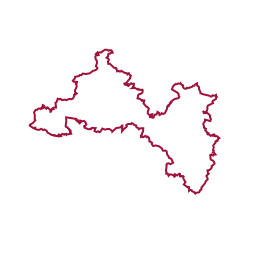 Mixtlán, Jalisco, Mexico, rotated 164°
{"feature_id": "50627088B12343009678657", "entity_name": "Mixtlán", "entity_type": "district", "adm_level": 2, "iso_a3": "MEX", "parent_name": "Mexico", "parent_adm1": "Jalisco", "projection": "albers", "projection_center": [-104.454, 20.522], "detail": "fine", "context": "isolated", "style": "outline", "palette": "rose", "viewbox_px": 256, "rotation_deg": 164, "n_neighbors": 0, "source": "geoboundaries", "source_scale": "gbopen_adm2", "svg_char_len": 5860}
<svg xmlns="http://www.w3.org/2000/svg" viewBox="0 0 256 256"><g transform="rotate(164 128 128)"><path d="M200.4,140.7L198.2,139.7L197.4,140.1L197.1,139.1L196.0,138.9L195.9,139.7L197.0,140.1L196.4,140.8L195.3,140.1L195.5,138.9L194.5,138.6L194.5,139.3L193.0,140.4L191.3,139.3L190.9,139.8L190.1,139.2L189.4,139.3L189.1,138.6L188.7,139.1L188.3,138.6L184.2,138.1L184.3,139.1L185.0,139.6L184.8,140.5L184.1,140.5L183.9,141.5L185.0,142.4L184.9,143.3L185.9,144.3L185.9,145.2L187.3,146.2L187.4,147.2L185.6,151.1L184.5,155.3L175.1,150.9L175.0,150.1L175.8,150.1L175.6,149.5L173.7,149.0L174.3,148.1L173.3,147.9L173.8,146.9L173.2,145.8L171.8,146.6L171.3,147.9L170.1,147.0L168.4,147.0L167.2,145.2L167.4,144.3L167.0,143.1L168.5,141.9L169.4,142.1L169.8,141.4L169.6,140.2L166.5,137.8L164.6,137.3L164.9,137.9L164.3,137.4L162.5,138.1L159.2,136.8L160.9,134.9L161.0,134.2L159.3,132.8L157.7,133.1L156.5,131.8L155.6,132.1L152.8,134.5L150.6,132.8L147.8,132.7L146.1,132.1L144.0,129.6L144.1,128.8L139.4,131.2L134.7,130.6L133.5,131.9L132.7,131.9L134.6,126.6L132.1,128.3L129.6,129.2L128.6,130.1L128.9,131.0L128.5,131.6L126.4,131.8L123.9,130.9L123.1,131.6L121.7,130.5L121.2,129.1L119.5,128.2L119.7,126.5L118.1,124.9L117.9,123.8L116.3,124.3L113.4,123.6L114.6,120.3L115.7,119.5L116.6,117.6L117.6,117.3L117.9,115.9L117.0,116.1L116.7,115.3L115.8,115.0L113.8,115.6L113.7,115.1L112.1,114.7L112.1,113.8L111.3,113.9L110.5,112.6L111.1,109.1L110.1,108.7L108.9,107.0L109.6,106.2L108.8,103.7L106.2,103.6L103.3,101.9L101.2,99.3L100.6,96.5L98.4,96.0L97.3,94.9L97.7,91.9L96.7,89.1L96.9,88.1L94.9,86.4L94.2,82.2L97.2,81.5L98.5,82.8L100.3,83.0L101.3,81.8L101.2,81.2L103.3,76.4L103.2,74.4L103.8,73.6L102.4,73.1L102.2,70.9L100.7,71.9L99.1,71.3L97.3,70.0L96.8,68.4L96.3,68.6L96.2,70.2L95.8,70.7L93.9,68.8L91.5,70.0L90.7,69.3L91.3,67.2L90.6,66.7L89.4,67.1L88.4,66.3L87.3,66.5L88.5,65.6L88.7,63.9L87.7,60.2L89.9,58.3L87.0,54.5L86.4,54.8L85.6,54.3L86.6,50.8L85.5,51.3L84.0,50.7L83.9,49.6L81.4,47.5L81.7,46.7L81.4,46.4L80.6,46.9L77.3,46.6L75.6,48.5L74.4,48.6L73.9,50.4L69.3,53.6L67.7,55.6L65.6,56.6L65.4,58.1L65.9,59.9L65.6,60.6L63.0,61.8L63.6,62.8L63.2,65.4L61.4,65.1L59.5,66.0L58.3,67.1L58.2,68.3L54.7,69.8L54.5,71.0L55.2,73.1L56.7,74.3L57.2,75.6L56.4,78.5L56.6,79.2L55.4,79.5L53.8,78.1L53.0,78.6L51.2,78.4L52.1,80.5L53.2,81.0L51.8,82.4L52.4,83.4L51.0,85.5L50.8,87.8L48.0,89.7L47.7,90.9L46.2,91.4L46.1,90.9L45.5,91.0L45.6,91.6L44.2,92.5L44.1,93.1L43.1,93.2L44.5,95.4L45.8,95.7L45.9,96.4L46.8,96.4L46.9,97.3L47.7,96.8L48.5,97.1L48.1,98.1L50.8,97.7L51.4,99.0L52.3,99.6L52.2,100.1L52.7,100.1L52.4,100.7L53.1,100.7L52.9,101.6L53.5,102.0L53.4,102.6L54.4,104.7L53.3,105.8L54.9,107.4L54.5,108.2L54.6,110.7L54.0,111.9L52.2,113.3L51.6,114.8L47.0,112.0L45.9,113.6L46.2,116.1L45.6,117.2L46.4,118.7L47.7,120.6L50.9,121.4L51.2,123.9L50.8,122.5L49.9,122.0L47.9,122.3L46.6,123.9L45.8,126.7L45.1,127.5L39.4,128.5L39.6,130.0L38.9,130.8L35.5,131.6L34.7,133.3L34.2,133.4L34.7,134.0L34.3,135.5L35.8,135.2L37.8,136.1L38.8,135.2L39.8,135.4L41.0,136.7L46.8,139.9L48.8,141.6L48.5,143.2L49.1,145.8L48.5,147.0L48.7,148.4L49.8,149.7L49.3,151.9L50.9,151.6L52.6,150.4L53.9,150.7L55.2,149.9L58.8,149.8L60.3,150.4L61.0,149.7L62.9,150.3L63.7,151.6L63.9,152.5L63.3,153.8L64.6,154.7L65.1,156.6L65.8,156.2L67.8,157.0L69.9,156.7L70.5,157.2L73.3,155.6L75.1,153.0L70.7,148.3L70.0,146.7L70.4,145.4L70.1,143.7L71.2,142.8L74.9,143.0L76.8,142.5L78.6,141.7L78.8,141.2L79.5,141.4L79.7,140.5L80.7,140.4L80.6,139.7L82.7,138.9L82.5,138.1L83.1,137.8L83.7,138.3L84.3,137.9L85.3,135.6L88.6,132.0L90.2,131.8L91.5,132.9L91.8,132.3L94.1,131.8L94.0,134.0L95.2,135.3L95.6,134.2L96.3,134.0L96.9,133.1L98.8,133.5L100.6,130.9L101.8,131.3L101.7,132.1L103.9,132.4L103.7,133.0L101.5,133.7L101.0,134.6L101.9,134.7L102.9,134.1L103.8,134.4L105.0,136.5L104.4,138.3L102.6,140.9L103.6,142.9L104.4,143.3L106.3,147.4L104.8,149.9L106.7,150.1L106.5,150.8L107.4,151.0L108.5,152.7L110.7,153.8L109.2,156.7L108.3,157.4L106.5,157.3L104.4,158.1L103.4,160.3L103.9,161.0L105.2,161.0L106.3,161.9L107.1,161.8L107.5,162.7L108.1,162.4L110.3,164.6L112.9,165.2L111.3,165.8L111.7,166.6L110.8,167.1L110.1,168.9L112.5,169.5L112.8,170.1L114.5,169.3L115.1,169.7L115.0,168.9L116.1,168.3L116.8,169.1L116.4,169.6L116.8,170.1L118.1,169.9L118.6,170.8L119.3,170.9L119.2,171.7L117.8,171.5L112.1,175.3L112.2,175.8L110.8,177.4L111.7,178.6L112.1,180.4L113.8,179.7L113.9,180.9L115.9,181.8L118.7,184.9L119.6,184.3L120.7,184.7L121.0,185.3L122.9,185.5L122.7,188.2L123.3,188.5L123.2,189.1L124.8,189.7L127.7,194.7L129.3,195.1L128.9,197.4L127.5,199.1L128.2,200.6L129.2,201.5L127.4,202.4L126.7,204.3L126.0,204.7L124.4,204.5L123.7,205.1L122.0,204.6L121.9,205.3L122.7,207.3L124.4,207.9L125.3,207.6L126.4,208.9L128.5,209.6L132.0,208.6L132.5,208.0L135.6,208.6L136.2,209.2L138.3,208.1L136.3,206.9L136.2,206.2L138.6,206.6L139.8,205.5L140.1,203.2L139.5,201.5L139.8,199.1L141.8,196.3L140.9,194.0L141.5,193.2L143.8,192.5L146.0,192.6L149.7,191.1L153.6,191.5L156.5,192.8L158.3,191.6L159.8,192.2L160.9,191.4L164.7,191.8L165.6,190.1L168.0,188.7L167.6,187.6L164.6,186.5L165.9,185.5L166.0,185.0L165.1,184.9L165.7,183.9L165.8,182.1L168.6,178.7L169.0,177.3L167.9,175.4L169.4,175.4L169.3,174.7L170.8,174.7L171.4,172.9L173.0,171.4L175.2,171.4L176.3,172.2L179.7,171.7L180.6,172.6L184.0,173.1L184.6,174.4L185.3,174.8L186.3,174.5L187.5,175.5L189.5,172.6L190.8,172.2L191.5,167.5L194.1,168.1L195.9,167.3L195.3,166.8L195.9,166.8L197.7,164.9L198.0,164.9L197.8,166.8L199.7,170.0L201.3,169.1L201.6,170.4L202.4,170.7L202.7,172.8L203.6,173.5L204.3,171.6L204.1,170.5L206.0,170.4L205.6,171.3L206.7,170.6L208.6,171.4L210.2,170.6L211.8,170.9L213.9,169.1L214.1,165.7L215.2,162.4L214.9,161.0L218.1,159.0L221.2,158.2L221.8,157.4L219.3,154.3L217.4,153.9L218.1,153.2L217.8,152.8L214.3,150.7L211.5,151.1L210.2,149.4L208.7,149.6L206.9,147.6L206.7,145.9L203.2,142.3L200.5,141.4L200.0,140.9L200.4,140.7Z" fill="none" stroke="#9f1239" stroke-width="2"/></g></svg>